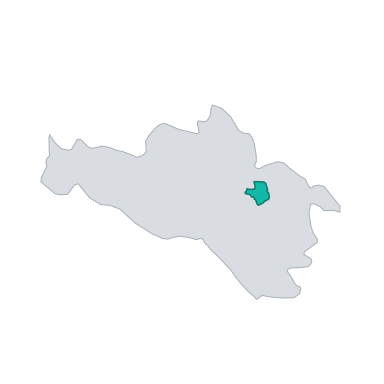 where Cerknica sits in Slovenia, rotated 218°
{"feature_id": "SVN-943", "entity_name": "Cerknica", "entity_type": "Municipality", "adm_level": 1, "iso_a3": "SVN", "parent_name": "Slovenia", "parent_adm1": "", "projection": "natural_earth1", "projection_center": [14.404, 45.799], "detail": "fine", "context": "in_parent", "style": "filled", "palette": "teal", "viewbox_px": 384, "rotation_deg": 218, "n_neighbors": 0, "source": "natural_earth", "source_scale": "10m", "svg_char_len": 2306}
<svg xmlns="http://www.w3.org/2000/svg" viewBox="0 0 384 384"><g transform="rotate(218 192 192)"><path d="M339.4,149.6L331.1,146.7L321.1,145.5L319.2,147.0L315.2,148.6L313.2,151.5L314.8,162.8L312.4,164.8L301.0,163.7L297.3,165.0L291.2,172.8L284.8,176.1L276.8,178.5L270.9,181.4L263.3,183.8L256.9,185.3L254.4,188.8L252.9,192.6L253.3,196.3L259.9,203.5L260.8,211.3L260.1,220.8L258.7,225.8L256.1,229.2L240.0,233.5L223.4,241.3L223.0,243.1L230.6,250.0L230.9,251.7L224.7,255.7L224.1,259.6L224.8,264.2L228.2,268.9L229.4,273.1L220.2,276.2L207.8,275.1L193.0,269.2L187.9,270.0L182.9,273.1L177.8,271.8L172.2,268.1L164.2,260.6L160.3,256.0L158.8,251.0L156.6,250.3L153.3,251.8L150.6,257.8L143.2,268.5L137.8,271.4L129.6,270.8L118.1,270.9L111.0,271.8L102.2,268.0L100.1,268.8L100.1,271.2L96.8,275.2L91.4,277.7L66.6,271.9L63.0,267.1L68.7,264.9L76.5,258.7L81.8,259.3L88.3,258.0L91.1,255.4L87.0,247.6L76.7,237.9L71.2,234.2L63.7,231.8L62.4,229.2L66.6,213.9L65.4,211.7L56.8,212.5L54.7,210.9L54.1,208.2L54.6,204.6L60.5,198.7L66.9,193.4L68.7,190.5L68.5,188.2L60.2,185.8L55.2,183.4L51.3,182.6L48.6,183.9L46.6,182.4L44.6,178.1L46.6,171.4L54.1,165.2L62.0,159.7L69.0,155.7L73.0,154.0L74.9,147.2L79.1,147.9L87.3,148.3L96.4,149.8L104.9,151.7L112.4,154.1L128.2,156.7L142.5,158.2L146.9,159.6L150.4,159.5L154.7,161.6L157.3,160.0L159.2,157.2L167.0,154.0L174.2,149.7L179.2,144.3L182.0,140.0L187.0,137.0L192.2,136.1L197.0,134.6L217.3,132.5L238.2,134.1L248.1,131.1L256.3,125.9L268.3,124.4L268.9,124.4L286.8,128.4L288.2,126.1L288.9,125.0L288.5,113.6L294.2,108.5L299.4,106.3L317.2,107.0L319.6,110.5L320.6,115.9L322.2,123.1L325.2,125.2L326.9,128.0L326.6,133.0L330.1,136.8L338.4,147.0L339.4,149.6Z" fill="#d9dde1" stroke="#a8b0b8" stroke-width="1"/><path d="M144.0,225.7L144.6,225.7L149.2,223.6L149.9,224.8L149.7,225.8L149.8,227.0L150.6,228.4L149.4,229.0L148.5,229.3L146.0,231.2L145.4,231.8L145.0,232.4L144.6,233.2L144.6,233.8L145.1,234.5L146.7,236.2L148.3,237.4L148.8,237.5L149.2,238.1L149.4,238.5L148.1,239.5L141.7,244.0L139.4,244.3L133.8,240.4L133.4,238.7L131.2,238.4L130.1,237.7L128.4,236.1L127.3,234.4L127.4,233.1L129.3,228.8L129.0,227.7L131.2,223.0L132.1,222.3L133.7,222.8L137.3,225.2L138.4,224.7L139.2,225.5L139.6,225.7L140.0,226.0L140.7,225.9L141.2,225.2L142.3,224.8L144.0,225.7Z" fill="#14b8a6" stroke="#0f766e" stroke-width="1.5"/></g></svg>